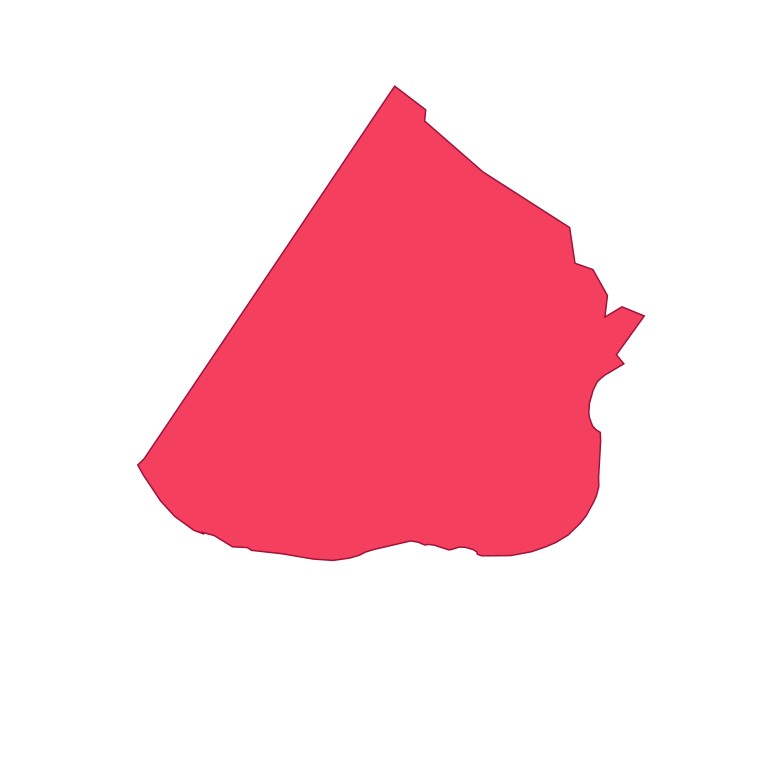 Ballard, Kentucky, United States of America, rotated 233°
{"feature_id": "52423323B48879080073221", "entity_name": "Ballard", "entity_type": "district", "adm_level": 2, "iso_a3": "USA", "parent_name": "United States of America", "parent_adm1": "Kentucky", "projection": "mercator", "projection_center": [-89.072, 37.073], "detail": "fine", "context": "isolated", "style": "filled", "palette": "rose", "viewbox_px": 768, "rotation_deg": 233, "n_neighbors": 0, "source": "geoboundaries", "source_scale": "gbopen_adm2", "svg_char_len": 1023}
<svg xmlns="http://www.w3.org/2000/svg" viewBox="0 0 768 768"><g transform="rotate(233 384 384)"><path d="M467.5,138.6L456.1,137.0L424.9,135.2L404.2,137.2L381.8,144.0L372.3,150.0L375.6,149.0L365.3,157.1L345.2,165.0L335.6,176.4L330.9,178.1L309.8,200.4L286.8,222.1L273.8,237.1L265.7,251.7L262.1,261.2L261.0,267.9L258.0,276.2L242.6,310.9L237.1,316.1L230.9,319.7L229.0,323.1L225.1,327.1L212.7,335.8L211.5,337.6L208.5,345.9L204.6,350.7L197.9,355.7L193.9,357.1L192.0,356.1L188.0,358.6L170.8,381.8L166.0,391.4L161.2,401.1L156.6,415.4L154.0,426.0L152.6,440.3L154.7,456.8L157.1,466.1L163.9,481.2L167.0,486.5L172.9,493.9L180.2,499.1L208.2,522.8L215.2,527.6L220.3,525.7L225.1,525.3L233.7,527.9L237.8,530.3L244.8,536.3L253.1,547.1L257.3,555.3L258.0,560.2L258.2,565.8L255.8,587.7L267.5,587.2L281.7,632.8L302.4,620.5L304.5,600.7L320.2,615.7L349.6,619.7L365.5,609.2L397.2,626.4L493.9,590.6L569.6,574.7L577.8,582.3L615.4,571.8L608.1,550.4L548.2,377.7L468.6,147.3L467.5,138.6Z" fill="#f43f5e" stroke="#9f1239" stroke-width="1.5"/></g></svg>